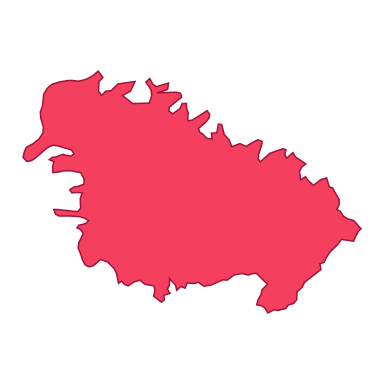 Crissiumal, Rio Grande do Sul, Brazil (Albers equal-area conic projection)
{"feature_id": "56859067B27923524578183", "entity_name": "Crissiumal", "entity_type": "district", "adm_level": 2, "iso_a3": "BRA", "parent_name": "Brazil", "parent_adm1": "Rio Grande do Sul", "projection": "albers", "projection_center": [-54.153, -27.485], "detail": "fine", "context": "isolated", "style": "filled", "palette": "rose", "viewbox_px": 384, "rotation_deg": 0, "n_neighbors": 0, "source": "geoboundaries", "source_scale": "gbopen_adm2", "svg_char_len": 3052}
<svg xmlns="http://www.w3.org/2000/svg" viewBox="0 0 384 384"><path d="M292.9,152.6L286.6,158.2L284.8,154.3L286.0,149.7L282.9,148.8L269.9,153.3L260.3,161.8L258.3,159.1L258.7,154.2L261.6,145.0L262.3,141.4L257.8,139.8L250.4,143.7L246.0,146.5L240.0,143.6L231.8,146.7L229.0,139.8L224.1,134.3L221.7,124.5L218.4,124.1L216.8,132.9L211.4,133.1L212.1,138.8L206.8,138.4L202.6,133.9L199.7,132.2L198.5,128.5L205.9,122.1L209.2,117.7L209.7,114.2L207.1,110.6L192.4,120.1L188.0,120.7L187.8,117.2L188.2,112.9L186.6,108.5L186.5,103.5L182.2,103.5L180.0,108.5L172.8,113.8L168.9,110.9L169.2,107.2L181.6,97.2L180.6,93.3L176.3,92.2L157.0,92.9L167.6,89.5L168.5,83.0L156.4,86.7L152.9,84.4L149.8,78.5L145.8,82.1L149.2,86.7L151.2,90.5L151.7,95.7L149.2,103.1L132.6,103.5L122.6,95.6L130.5,91.1L135.0,81.5L117.9,84.0L111.1,90.7L105.8,91.1L101.7,95.5L98.5,91.2L99.0,81.6L102.9,77.5L98.2,71.1L92.5,76.0L86.1,79.3L82.2,80.4L78.6,81.2L71.8,80.4L67.1,80.6L59.8,81.9L52.0,84.3L47.5,88.1L43.7,94.2L42.5,106.2L40.3,111.8L40.8,118.5L42.0,122.3L43.4,127.0L42.9,133.2L39.0,138.9L33.2,143.6L26.3,147.3L24.4,151.7L23.0,157.3L26.7,161.4L30.4,161.0L33.2,159.6L37.4,156.4L41.0,153.2L44.1,150.4L46.8,148.2L49.7,146.5L52.9,145.3L57.8,145.8L63.7,147.7L68.3,149.0L71.6,150.1L74.0,153.9L70.7,156.2L66.3,155.3L62.9,154.3L59.2,155.7L55.8,157.0L52.6,157.2L49.2,159.7L53.9,161.6L52.6,166.4L52.9,172.7L58.8,172.0L63.3,170.9L68.0,170.8L71.7,170.9L76.3,171.9L80.8,172.7L84.1,179.2L84.0,184.1L78.0,186.4L73.8,187.0L69.7,189.7L71.9,192.9L76.7,192.5L82.2,192.9L80.3,198.3L80.3,202.7L80.7,208.0L77.9,211.5L72.3,211.2L67.0,210.5L62.3,210.1L57.9,209.5L53.7,209.5L55.4,214.1L58.9,216.0L65.0,216.0L70.0,216.0L73.9,216.2L80.4,216.8L85.2,218.5L88.5,220.6L86.0,223.5L82.5,224.4L78.8,225.2L77.0,227.9L80.3,229.4L83.3,233.2L81.1,238.0L78.7,242.8L78.2,248.2L80.6,253.8L82.6,260.1L85.2,264.9L88.9,266.8L93.6,265.6L97.3,262.4L100.6,259.5L104.8,260.9L108.0,262.3L111.3,265.6L114.0,268.5L116.5,273.3L118.5,283.3L121.6,281.2L124.5,284.4L128.2,285.9L134.0,281.9L139.9,280.2L144.7,284.2L154.0,285.9L154.9,290.0L153.6,296.2L161.5,302.2L164.3,299.9L163.8,295.2L167.0,294.3L170.1,293.4L167.4,289.1L169.5,285.1L169.5,278.5L171.9,281.2L175.5,285.1L176.7,290.3L180.9,286.5L185.0,288.2L187.3,282.9L193.6,283.6L198.5,282.3L203.8,286.2L211.0,285.1L223.0,279.8L227.4,280.1L233.9,275.0L242.0,273.5L248.4,275.0L253.0,273.5L256.2,273.2L267.6,284.3L262.2,289.5L261.0,294.5L258.1,299.7L256.7,304.7L262.5,306.1L265.2,308.5L267.8,312.9L271.3,311.2L274.6,309.7L277.9,310.6L281.7,309.4L285.6,308.7L288.2,305.0L293.5,303.5L296.7,299.8L296.9,295.4L297.1,291.9L302.1,287.3L304.5,282.4L320.9,269.6L319.9,263.8L324.2,262.3L326.2,257.8L330.0,252.0L334.3,247.8L337.8,244.4L341.5,239.4L353.6,241.2L355.5,236.7L358.6,231.0L361.0,228.8L353.7,220.5L347.4,218.8L343.2,215.9L340.3,211.3L336.8,209.4L339.1,204.8L339.1,199.3L334.9,192.3L332.6,187.9L329.3,186.9L326.6,177.9L320.8,179.6L313.4,185.3L307.5,179.8L305.6,176.7L300.5,179.9L300.2,175.4L299.4,171.9L301.7,167.0L305.8,163.9L295.5,157.0L292.9,152.6Z" fill="#f43f5e" stroke="#9f1239" stroke-width="1.5"/></svg>